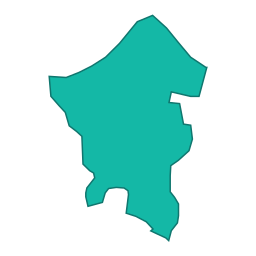 the district of Seo-gu [West District], Incheon, South Korea
{"feature_id": "91817680B73279111808647", "entity_name": "Seo-gu [West District]", "entity_type": "district", "adm_level": 2, "iso_a3": "KOR", "parent_name": "South Korea", "parent_adm1": "Incheon", "projection": "albers", "projection_center": [126.657, 37.545], "detail": "fine", "context": "isolated", "style": "filled", "palette": "teal", "viewbox_px": 256, "rotation_deg": 0, "n_neighbors": 0, "source": "geoboundaries", "source_scale": "gbopen_adm2", "svg_char_len": 851}
<svg xmlns="http://www.w3.org/2000/svg" viewBox="0 0 256 256"><path d="M49.2,76.4L50.9,96.3L59.2,105.8L65.3,112.4L69.2,125.8L76.4,131.3L81.9,136.3L83.0,164.1L89.7,170.7L93.6,173.0L94.7,177.9L86.9,187.9L85.8,192.9L85.8,196.8L88.0,206.3L102.4,202.4L105.2,192.9L108.6,188.5L116.3,187.4L124.1,188.0L128.0,190.7L128.5,194.6L126.2,213.2L135.8,216.3L146.3,221.8L153.0,229.0L150.8,230.9L157.4,234.0L165.8,237.9L168.7,240.6L171.3,230.7L177.4,222.9L178.5,215.7L178.5,204.0L174.6,197.4L170.2,191.8L170.2,175.7L170.7,166.8L170.7,165.7L178.5,160.2L183.5,155.7L189.0,150.7L192.4,139.1L190.7,125.2L183.5,124.1L179.6,103.6L169.0,102.5L171.3,91.9L190.7,96.4L199.0,96.4L206.8,67.4L205.9,67.4L190.6,57.2L177.9,42.0L166.5,28.0L152.6,15.4L137.3,21.7L119.6,43.3L105.6,57.2L91.6,66.1L78.9,72.5L66.2,77.5L49.2,76.4Z" fill="#14b8a6" stroke="#0f766e" stroke-width="1.5"/></svg>